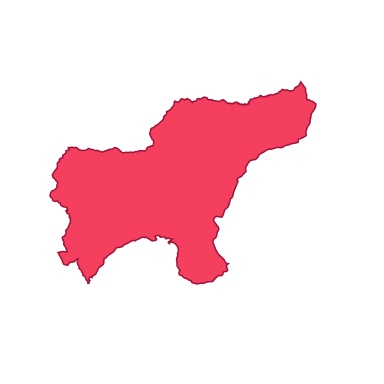 outline of Junín, Cundinamarca, Colombia, rotated 250°
{"feature_id": "7082276B29638649258837", "entity_name": "Junín", "entity_type": "district", "adm_level": 2, "iso_a3": "COL", "parent_name": "Colombia", "parent_adm1": "Cundinamarca", "projection": "mercator", "projection_center": [-73.696, 4.691], "detail": "fine", "context": "isolated", "style": "filled", "palette": "rose", "viewbox_px": 384, "rotation_deg": 250, "n_neighbors": 0, "source": "geoboundaries", "source_scale": "gbopen_adm2", "svg_char_len": 6020}
<svg xmlns="http://www.w3.org/2000/svg" viewBox="0 0 384 384"><g transform="rotate(250 192 192)"><path d="M276.1,91.0L275.5,90.7L274.3,91.2L273.9,91.1L273.7,89.0L274.0,87.8L272.2,87.2L271.2,85.5L271.0,83.7L270.6,82.9L269.1,82.8L268.4,82.4L268.7,80.0L268.1,78.7L267.5,78.1L266.2,78.1L266.0,76.6L265.1,75.3L262.2,74.3L260.0,72.9L260.0,72.1L258.7,70.0L256.1,66.8L255.7,66.5L254.4,66.6L253.2,66.3L252.0,67.2L249.7,68.1L248.6,68.2L247.4,68.9L246.2,68.8L244.2,67.1L242.6,66.9L242.0,66.1L240.9,63.3L240.9,60.6L239.3,58.6L238.0,57.8L236.3,57.1L233.7,58.5L231.3,58.4L229.7,60.7L229.8,62.1L229.4,62.7L227.3,63.1L226.4,64.5L224.8,64.1L224.1,64.3L221.9,66.3L221.0,68.3L221.0,68.0L220.2,69.1L220.0,68.9L218.7,69.1L217.6,68.0L217.3,67.0L216.5,67.4L216.7,68.2L216.1,67.6L214.8,67.2L213.3,68.7L211.7,68.9L210.5,68.0L210.1,68.5L209.2,68.8L208.9,68.3L206.4,68.1L206.0,67.5L204.6,67.1L204.1,66.2L200.2,62.8L199.2,60.3L196.6,59.7L195.5,58.8L194.3,57.3L194.0,54.9L192.8,54.2L191.8,54.5L190.4,54.3L188.5,54.6L186.8,53.5L183.3,54.2L178.6,54.4L179.2,52.3L180.1,50.9L180.9,46.7L180.9,45.4L173.5,46.5L168.1,46.7L166.7,48.3L165.7,50.2L167.0,51.8L167.6,53.7L167.5,54.5L167.0,55.2L167.2,56.3L166.7,57.3L168.6,61.5L168.2,62.1L165.3,60.1L162.7,59.9L161.1,60.4L158.3,59.8L157.0,61.1L154.9,61.0L153.0,61.5L150.8,61.0L149.9,61.9L148.6,62.5L145.4,62.6L143.3,63.5L141.9,62.9L141.5,64.0L143.8,65.2L143.9,65.8L144.9,65.0L145.6,65.3L147.0,67.2L145.7,68.8L146.8,69.7L147.2,70.6L147.6,73.2L153.4,79.3L153.1,80.2L154.1,83.5L155.7,85.0L157.3,85.5L159.5,86.6L159.3,88.1L160.6,90.5L161.5,92.9L162.1,96.2L163.5,99.3L164.7,100.5L165.4,102.0L164.6,106.3L164.6,108.2L165.5,109.6L165.9,114.4L166.6,117.5L166.5,120.4L165.5,122.0L165.9,122.6L166.1,127.0L166.6,127.6L166.4,128.1L166.7,129.9L165.4,131.7L165.0,133.6L159.6,137.9L159.0,141.1L159.2,142.1L159.7,142.7L161.6,142.1L163.3,142.5L162.5,145.8L161.9,146.6L161.0,146.5L160.3,146.8L159.6,149.9L159.0,150.9L158.5,151.3L157.6,151.0L157.1,151.3L156.8,152.5L157.2,152.5L157.1,153.4L155.1,156.0L154.4,157.5L154.1,157.2L153.3,153.4L152.7,152.4L151.2,153.0L152.0,154.0L152.2,154.8L151.5,156.3L149.9,158.2L146.9,159.4L145.2,159.8L141.8,159.4L139.2,157.4L136.9,156.7L135.2,155.2L133.6,154.3L130.9,153.8L127.7,152.7L122.2,153.8L120.9,152.1L118.6,151.8L116.6,154.1L114.9,154.7L113.8,155.5L112.7,157.1L110.3,158.9L109.1,160.5L108.5,160.9L106.9,160.9L104.0,165.1L103.7,165.8L103.5,168.5L103.3,169.4L102.7,170.1L102.2,172.8L102.3,175.8L100.8,180.8L101.7,182.1L102.1,183.5L103.3,184.4L103.2,185.8L103.9,186.8L104.3,188.5L103.3,191.4L104.1,192.8L105.8,194.0L106.2,194.5L105.6,197.2L105.7,197.9L106.4,198.8L111.1,199.0L112.2,201.6L112.7,200.5L113.7,199.8L115.3,199.2L117.2,199.0L118.8,198.4L124.6,195.5L129.1,194.7L137.4,194.4L138.5,194.8L139.5,195.6L140.5,197.0L141.2,199.0L142.1,199.9L145.6,202.0L147.2,203.9L148.1,204.5L149.3,204.8L150.6,204.6L152.3,203.9L158.1,202.4L160.4,204.7L160.7,205.5L160.7,206.7L158.8,210.2L158.2,211.5L158.3,211.9L160.6,214.1L164.0,216.6L165.6,220.6L167.3,222.3L172.3,225.8L173.6,228.5L175.2,229.4L178.4,231.7L183.7,236.6L185.1,237.3L185.4,238.3L186.9,238.9L188.0,238.5L188.5,238.7L189.5,241.1L189.7,243.8L191.0,245.9L191.4,247.2L192.2,248.1L192.7,249.7L196.9,250.9L198.0,252.5L199.7,254.2L201.6,257.6L201.1,261.9L200.8,262.9L202.4,266.3L203.6,267.3L204.4,268.5L204.9,272.5L206.1,278.0L205.1,281.2L204.8,287.2L203.0,291.5L203.7,295.8L203.7,297.0L203.2,298.5L203.4,300.1L203.2,302.6L202.4,307.9L202.4,308.6L202.7,308.9L204.4,309.6L205.2,310.5L205.0,313.8L205.8,318.1L206.8,319.2L208.5,319.1L209.2,319.3L212.7,321.9L214.4,323.5L215.7,325.7L216.8,326.6L220.1,328.1L221.1,329.0L224.5,330.6L227.9,335.4L229.5,337.0L232.3,338.6L235.9,336.3L236.6,334.9L238.2,334.0L239.2,332.0L239.7,331.8L242.5,332.2L244.0,333.0L246.9,333.0L248.7,333.4L249.6,334.0L251.1,333.9L258.3,331.9L255.9,329.4L255.0,326.8L255.0,325.2L254.5,324.1L253.3,323.0L252.6,321.7L253.8,318.0L255.8,315.8L255.6,314.3L256.2,313.4L257.0,313.0L257.5,312.0L257.4,311.2L256.4,309.9L256.3,307.9L255.2,306.5L255.6,304.6L255.5,300.9L256.3,299.9L256.6,298.3L256.1,297.7L256.1,297.3L256.9,296.7L256.8,295.6L256.0,294.7L256.8,294.2L256.7,292.3L257.6,290.5L258.1,290.1L258.7,290.2L258.8,289.2L259.3,288.9L258.8,288.2L258.3,286.8L258.5,283.5L259.0,283.1L258.5,282.4L258.7,279.7L259.2,278.8L258.4,277.7L257.8,277.7L257.3,277.1L257.5,276.5L257.2,276.1L256.6,275.5L256.2,275.9L255.5,275.6L255.8,274.9L255.4,274.6L255.3,273.1L256.1,272.8L256.8,271.4L256.7,270.9L255.8,270.4L256.8,269.9L257.1,269.1L257.8,268.5L257.3,268.0L257.5,267.6L258.3,267.1L258.5,266.7L259.3,266.5L259.2,265.5L260.6,265.5L260.9,265.3L261.0,264.1L261.7,263.3L260.9,262.2L261.4,260.6L260.9,259.9L262.1,258.8L262.1,258.1L262.9,257.4L263.2,255.7L264.8,255.0L265.4,254.2L266.4,254.2L268.1,252.7L268.3,252.0L267.9,250.9L267.8,248.4L271.0,242.8L271.6,242.7L273.1,239.1L274.2,238.2L274.6,238.5L275.4,238.3L276.9,236.1L277.0,234.4L276.3,231.5L276.4,231.1L277.3,230.6L277.8,229.0L277.4,228.3L276.7,228.0L276.2,227.1L276.3,225.7L276.7,224.2L276.0,222.9L276.9,222.7L277.9,221.9L278.8,221.8L280.2,220.7L280.6,219.8L281.5,219.4L280.9,217.6L282.0,215.9L282.4,214.7L283.2,214.1L283.0,213.2L280.8,210.2L281.5,209.0L283.2,207.2L283.2,206.6L282.6,206.1L280.9,205.5L279.1,204.0L278.6,202.5L277.0,200.4L276.2,197.6L276.3,195.7L274.4,194.9L273.5,194.2L272.9,191.7L270.1,189.9L269.2,188.2L267.1,183.1L266.8,180.6L265.7,178.0L265.7,176.0L265.3,174.9L261.0,172.1L254.8,172.6L253.8,173.4L253.0,173.4L251.8,173.0L249.0,171.3L248.8,171.0L249.2,169.7L249.2,165.5L248.7,164.8L246.8,163.1L246.8,161.4L248.8,157.1L248.8,156.1L248.5,155.2L249.2,152.8L249.3,150.0L250.2,148.7L251.0,145.5L251.9,143.5L252.2,140.9L253.1,139.7L258.3,137.0L260.2,134.8L259.6,131.6L260.4,128.5L260.1,127.5L260.3,125.5L260.0,125.1L260.3,124.5L260.2,121.6L260.5,120.6L261.6,119.7L262.2,118.6L263.6,117.2L263.8,115.5L265.9,113.2L266.9,111.1L268.1,110.1L268.2,109.2L267.4,106.0L268.0,105.1L268.3,103.8L268.9,102.4L270.4,100.3L272.2,99.4L273.5,98.5L274.1,96.1L275.2,94.4L275.7,91.7L276.1,91.0Z" fill="#f43f5e" stroke="#9f1239" stroke-width="1.5"/></g></svg>